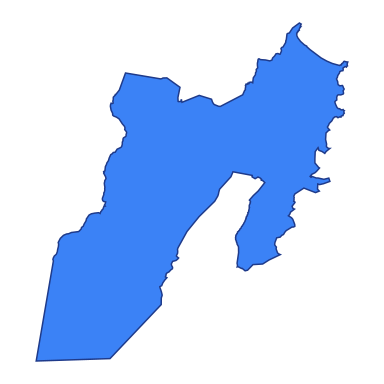 Fljótsdalshérað, Austurland, Iceland (Albers equal-area conic projection)
{"feature_id": "244011B83679589752148", "entity_name": "Fljótsdalshérað", "entity_type": "district", "adm_level": 2, "iso_a3": "ISL", "parent_name": "Iceland", "parent_adm1": "Austurland", "projection": "albers", "projection_center": [-14.894, 65.096], "detail": "fine", "context": "isolated", "style": "filled", "palette": "blue", "viewbox_px": 384, "rotation_deg": 0, "n_neighbors": 0, "source": "geoboundaries", "source_scale": "gbopen_adm2", "svg_char_len": 5942}
<svg xmlns="http://www.w3.org/2000/svg" viewBox="0 0 384 384"><path d="M115.2,94.8L114.8,95.6L113.3,97.2L113.2,100.0L112.8,101.1L113.1,102.4L113.0,103.3L112.4,103.5L111.1,103.2L110.5,104.9L110.4,106.5L111.1,110.2L112.6,113.3L112.7,115.0L112.9,115.4L113.8,116.1L116.4,117.1L119.1,118.9L122.3,123.8L124.5,126.4L125.0,127.9L124.7,129.6L126.3,131.6L126.6,132.2L126.5,133.3L126.1,134.4L126.1,135.7L125.7,136.5L123.6,137.8L123.2,138.3L122.9,140.0L123.0,140.7L122.3,142.1L122.3,144.2L121.6,146.7L120.7,147.5L117.1,149.2L115.2,152.2L113.2,152.5L112.4,153.6L110.7,154.7L109.2,158.0L108.4,160.7L106.9,162.9L106.4,164.6L105.4,166.5L104.9,170.9L103.6,171.6L103.7,172.2L104.1,172.6L103.7,173.2L105.6,176.8L106.0,178.6L104.7,180.8L104.7,181.7L104.3,183.1L104.5,185.1L104.9,187.3L104.7,188.2L104.8,190.1L104.3,192.2L103.8,192.9L103.8,194.6L102.4,198.3L102.4,199.5L102.7,200.5L103.5,201.4L105.7,201.9L105.2,203.8L104.4,205.1L105.2,206.1L103.9,206.4L102.9,209.2L102.0,209.9L101.7,210.7L100.8,211.6L100.1,213.5L98.7,212.7L94.8,213.1L91.3,213.8L89.0,215.1L86.3,219.1L86.3,220.1L85.6,221.6L84.3,223.7L83.2,226.3L81.6,227.4L81.4,227.9L81.3,228.8L79.3,231.0L78.5,231.6L71.4,232.5L68.7,233.7L66.5,234.0L63.5,235.3L60.3,238.4L58.2,242.5L58.6,244.1L58.4,246.5L57.6,249.7L57.3,251.8L56.3,254.3L54.3,256.0L53.3,258.0L52.9,259.4L53.4,260.9L36.2,361.0L110.0,358.6L161.2,304.6L161.3,297.9L162.1,295.6L162.1,294.8L161.4,291.8L159.8,287.1L159.8,286.6L161.7,285.7L162.8,282.9L164.9,279.9L166.9,277.7L165.4,276.9L166.1,274.9L166.0,274.2L166.2,273.9L167.0,272.9L169.0,271.9L170.8,269.9L172.4,268.8L172.6,267.8L172.5,267.1L171.7,265.7L171.3,264.0L172.6,261.4L175.9,260.5L177.5,259.3L178.6,258.0L176.5,256.3L176.5,255.5L177.6,253.2L177.7,251.4L177.5,249.2L178.0,247.8L187.0,231.5L199.2,216.5L214.7,201.3L217.7,196.2L218.3,194.6L218.8,192.1L219.6,189.2L230.9,176.8L233.0,171.8L252.2,175.4L252.3,175.8L252.0,176.6L252.1,176.9L255.1,178.7L258.0,177.0L260.3,178.1L261.4,179.2L261.1,179.8L261.3,180.3L262.0,180.2L262.9,180.8L264.8,182.6L258.2,191.0L253.3,195.6L249.4,200.1L250.4,201.1L250.5,201.6L250.1,202.3L250.4,202.8L249.3,205.2L249.2,206.4L249.5,207.4L249.2,207.7L249.3,208.2L248.6,211.1L248.6,212.0L247.8,212.7L248.0,213.4L247.7,214.4L247.4,214.6L247.2,215.4L247.3,215.8L246.8,216.1L246.2,217.1L246.3,217.7L245.9,218.2L246.1,218.5L245.0,220.9L245.0,221.3L243.7,223.4L243.6,224.0L242.7,225.1L242.3,226.1L241.7,226.4L240.8,228.4L240.1,228.8L239.4,230.3L238.9,230.6L238.5,231.4L237.6,231.9L237.3,233.4L236.8,233.7L236.6,234.5L236.1,234.8L235.9,235.8L235.7,236.0L235.8,236.6L235.5,237.9L235.7,238.2L235.6,239.4L236.1,240.5L236.1,240.8L236.4,241.2L236.4,241.9L236.9,242.8L237.1,244.2L238.3,246.3L238.5,247.1L238.6,252.7L237.1,263.0L237.1,263.6L237.5,265.2L237.2,266.9L237.9,266.6L241.6,268.5L242.2,268.4L245.1,270.8L247.6,270.2L253.0,264.6L262.7,264.0L269.0,260.0L280.3,254.6L278.2,253.6L277.4,252.5L276.1,248.9L276.4,247.1L275.0,245.4L274.7,244.5L274.9,242.6L276.7,237.8L280.2,237.1L281.8,235.3L283.5,234.5L284.7,232.4L286.2,230.6L291.9,227.1L293.5,227.0L294.8,226.4L294.8,224.9L294.5,223.8L292.8,219.3L291.5,217.7L288.4,215.8L289.6,214.5L290.6,212.1L294.5,209.1L292.9,208.4L292.1,206.2L295.0,202.5L294.7,201.7L293.7,201.3L294.1,199.9L293.9,198.8L294.2,197.7L293.8,196.1L294.9,193.9L303.9,188.1L315.5,192.6L319.3,191.1L317.5,189.2L317.8,184.0L319.6,184.6L323.5,183.7L329.9,181.4L328.8,178.1L323.9,179.3L318.0,178.0L316.2,178.0L312.0,176.4L311.6,177.0L311.0,177.3L310.1,176.4L311.8,174.3L314.9,172.8L316.5,171.4L319.5,168.0L318.5,167.3L314.9,162.9L314.9,158.5L315.2,151.7L315.3,151.5L318.1,147.6L318.3,148.0L318.6,149.7L319.0,150.4L322.0,151.5L324.8,153.4L326.1,151.5L329.8,148.5L328.6,148.5L326.6,146.9L326.4,146.3L326.6,144.1L325.6,139.5L326.0,133.0L328.3,130.7L329.7,130.0L327.9,128.0L327.4,127.0L328.4,125.5L329.3,123.4L331.8,120.9L333.4,118.0L334.0,117.7L334.5,117.0L336.5,116.6L337.0,116.8L337.4,117.5L338.0,117.7L339.6,116.9L341.0,117.1L341.3,116.0L343.0,115.6L343.3,114.3L344.3,113.2L343.8,112.0L344.0,111.0L344.3,110.7L343.6,110.3L343.1,109.5L342.2,109.9L341.2,109.8L340.3,109.4L339.8,108.7L338.2,108.6L337.1,107.6L335.6,104.4L334.8,101.9L335.5,100.9L336.8,100.0L336.7,97.3L337.2,95.8L337.8,95.1L338.4,94.8L340.8,94.9L343.1,94.1L343.5,93.6L343.5,92.8L343.1,90.8L344.0,89.5L344.1,88.9L343.5,87.9L342.9,86.2L342.4,85.5L339.8,85.8L338.2,84.7L337.9,83.8L337.7,81.7L336.5,78.9L337.4,77.3L337.7,75.7L339.5,72.9L339.8,71.6L341.3,70.9L342.9,70.7L343.2,69.9L343.0,68.1L345.2,66.5L346.4,67.1L346.8,66.2L347.5,65.9L347.1,64.1L347.8,62.0L345.9,61.8L344.5,61.3L343.8,61.5L343.0,62.8L341.6,63.8L341.6,64.3L341.1,65.0L340.3,64.9L339.6,65.5L332.4,63.5L327.0,61.2L321.2,58.0L310.0,49.6L306.9,46.8L306.7,46.1L304.5,45.0L300.5,41.4L297.8,37.8L296.9,35.8L296.7,34.6L296.9,34.0L296.7,33.8L296.7,33.1L297.3,32.6L297.3,32.2L297.5,32.0L297.8,31.9L297.8,31.4L298.4,31.2L298.4,30.7L299.3,30.2L299.1,29.8L299.2,29.5L299.2,29.3L299.9,27.8L300.3,27.6L300.6,27.9L300.4,27.3L300.2,27.1L300.9,26.4L300.5,26.3L300.5,25.3L301.2,24.1L299.4,23.0L292.6,28.0L289.3,33.0L287.8,33.4L287.0,34.0L286.3,39.5L285.8,40.9L285.7,42.4L283.1,46.9L281.9,47.4L281.0,48.4L281.0,48.7L281.4,50.1L281.5,50.9L280.1,54.2L279.8,54.3L277.9,53.5L276.0,53.8L274.6,56.0L272.6,58.0L271.9,60.1L269.7,60.9L265.7,60.0L260.5,59.6L259.0,58.8L258.4,59.0L258.0,59.8L257.8,61.6L257.4,63.1L257.4,65.2L257.7,67.9L256.3,69.4L256.2,69.7L256.4,71.3L255.5,72.9L255.5,74.3L255.3,74.9L253.3,77.8L252.7,82.8L251.0,82.0L250.1,82.4L249.2,82.3L248.8,82.9L249.0,83.6L248.7,83.8L247.8,83.3L247.5,84.2L246.8,84.5L246.4,84.0L246.1,84.0L245.4,85.6L245.7,86.7L245.3,88.3L245.4,89.6L244.6,90.5L242.7,94.8L220.4,106.4L218.6,106.3L214.4,104.6L213.6,103.9L212.6,102.3L211.5,99.2L199.2,95.4L182.0,102.3L181.5,100.4L181.6,100.0L181.5,99.9L181.0,100.1L181.2,100.7L180.8,101.5L178.3,101.6L178.1,101.4L177.9,97.6L180.0,87.3L166.9,77.9L162.9,78.0L162.2,78.5L160.7,78.9L125.5,73.0L119.3,90.1L115.4,95.0L115.2,94.8Z" fill="#3b82f6" stroke="#1e3a8a" stroke-width="1.5"/></svg>